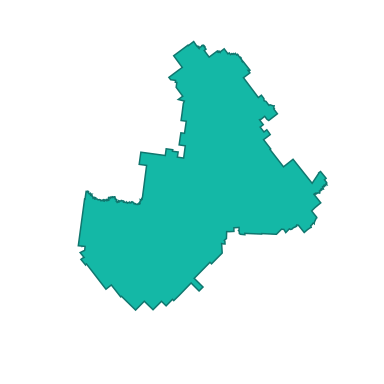 Central Darling, New South Wales, Australia, rotated 225°
{"feature_id": "25037944B50105666035452", "entity_name": "Central Darling", "entity_type": "district", "adm_level": 2, "iso_a3": "AUS", "parent_name": "Australia", "parent_adm1": "New South Wales", "projection": "albers", "projection_center": [143.358, -31.772], "detail": "fine", "context": "isolated", "style": "filled", "palette": "teal", "viewbox_px": 384, "rotation_deg": 225, "n_neighbors": 0, "source": "geoboundaries", "source_scale": "gbopen_adm2", "svg_char_len": 5933}
<svg xmlns="http://www.w3.org/2000/svg" viewBox="0 0 384 384"><g transform="rotate(225 192 192)"><path d="M237.1,319.1L247.8,320.4L248.0,319.8L249.2,319.9L249.2,320.5L251.9,320.8L251.9,321.5L253.1,321.6L253.3,321.0L256.0,321.3L256.1,321.5L257.2,321.6L257.4,320.4L259.4,320.7L259.6,319.0L260.7,319.1L260.9,317.9L261.7,318.0L261.9,316.4L264.0,316.7L264.3,315.1L270.5,316.0L271.1,311.1L271.3,311.1L271.1,310.9L271.7,310.9L271.5,310.1L271.9,310.0L271.9,309.5L272.2,309.3L272.2,309.6L272.5,309.7L272.5,310.0L273.1,310.1L273.1,309.9L273.3,309.7L273.6,309.8L273.7,310.3L275.3,299.5L283.4,300.7L283.1,302.9L285.5,303.2L285.4,303.8L286.9,304.0L287.0,303.5L288.1,303.7L288.2,302.8L288.6,302.6L288.6,302.3L288.3,302.0L288.7,298.9L288.5,298.5L289.2,298.5L289.0,299.5L290.2,299.7L290.3,298.7L291.5,298.9L291.6,298.5L297.2,299.6L298.1,292.9L298.7,293.0L301.3,275.4L287.0,273.2L289.4,256.7L286.5,256.3L282.5,259.3L281.4,257.8L280.2,258.7L277.2,254.8L266.3,253.2L267.1,247.7L261.7,250.9L260.7,248.4L254.8,240.8L250.3,234.8L246.1,238.0L238.8,228.2L241.7,226.0L234.4,216.2L229.4,219.9L221.9,210.1L227.0,206.3L230.1,210.5L234.6,207.0L235.5,208.3L240.8,204.3L236.7,198.9L256.3,184.0L248.9,174.2L242.9,178.7L223.2,153.1L222.9,152.4L222.1,151.7L222.1,151.4L222.6,151.4L222.3,151.0L222.7,150.4L223.0,150.2L222.4,150.1L222.1,150.0L222.0,149.5L222.3,149.1L222.3,148.9L222.1,148.5L221.7,148.4L221.7,147.8L221.4,147.8L221.2,147.4L220.8,147.2L221.4,146.7L221.5,146.6L220.7,146.2L221.2,145.7L221.9,145.3L222.0,145.0L221.7,144.7L222.3,144.4L222.7,143.7L222.9,143.6L223.5,143.8L223.9,143.7L224.1,143.1L224.5,142.7L225.2,143.2L225.7,142.9L226.6,143.1L227.0,142.8L227.6,142.7L227.7,142.4L227.4,141.8L227.5,141.0L228.1,140.6L228.7,140.8L228.6,140.3L229.2,140.3L229.3,139.9L229.6,139.4L229.6,138.8L230.6,138.7L230.2,138.4L231.4,138.0L231.7,137.4L232.3,137.3L232.6,136.8L233.0,136.5L233.1,137.2L233.6,137.3L234.4,137.1L234.8,136.5L235.7,136.3L236.0,136.0L235.8,135.6L236.0,135.3L236.1,135.1L236.5,134.9L236.6,134.6L237.4,134.2L236.9,134.0L236.5,133.5L236.8,133.2L237.3,133.5L237.6,133.4L237.1,132.4L237.4,131.8L237.7,132.0L238.2,131.8L238.7,132.3L239.1,132.1L239.1,132.4L239.5,132.7L239.8,133.3L240.3,133.2L240.1,133.0L240.1,132.9L240.4,132.9L241.2,132.7L241.5,133.2L242.0,133.1L242.6,133.3L242.6,133.8L242.7,134.0L243.0,134.1L243.3,134.0L243.8,133.5L243.9,132.5L244.6,132.5L245.0,132.3L244.9,132.1L244.3,132.0L244.4,131.7L244.8,131.3L245.5,131.3L246.0,130.8L245.7,130.6L245.5,130.0L246.0,130.1L246.6,129.5L247.1,129.3L247.1,129.1L246.8,128.9L246.8,128.7L246.5,128.3L245.9,128.2L245.9,127.8L245.6,127.7L245.4,127.9L245.0,127.6L245.0,127.4L245.3,127.4L245.4,126.9L245.8,127.2L246.3,127.3L246.3,126.9L246.6,126.6L246.4,126.3L247.2,126.3L247.4,125.9L247.3,125.7L246.6,125.7L246.5,125.4L247.1,125.4L247.5,124.7L248.0,124.6L247.6,124.1L247.6,123.5L248.2,123.4L248.6,124.0L249.1,124.0L249.1,123.8L248.5,123.4L248.5,123.0L248.6,122.9L249.0,123.2L249.4,123.3L249.8,122.6L249.9,121.8L250.3,121.3L250.8,121.4L251.1,121.7L251.3,121.6L252.2,121.1L252.9,120.0L254.1,120.0L254.6,119.5L254.9,119.4L255.5,118.6L255.6,119.1L255.7,119.5L256.5,118.8L256.7,119.0L256.7,119.5L257.0,119.4L257.6,118.9L257.2,118.3L257.5,117.6L257.8,117.8L258.1,118.4L259.1,118.3L259.7,118.7L260.2,118.4L260.6,118.9L261.1,118.2L261.3,118.8L261.2,119.3L261.5,119.5L262.0,118.4L262.2,118.5L262.0,119.0L262.4,118.7L263.1,119.2L263.4,118.6L263.1,118.5L263.0,118.4L263.2,118.1L263.6,117.9L264.6,118.1L265.5,119.2L266.2,118.9L265.9,118.5L266.1,117.9L267.4,117.9L267.7,118.1L262.6,111.3L263.0,111.1L234.4,73.6L231.6,75.9L231.3,75.8L231.3,76.2L229.1,77.9L226.8,75.1L226.7,74.7L228.3,70.1L222.0,69.4L222.5,68.3L222.9,65.8L215.7,65.1L215.9,65.7L215.8,66.5L184.1,62.4L183.3,69.2L168.3,67.4L168.1,68.4L148.4,68.6L148.5,81.0L136.3,81.2L136.3,93.1L129.8,93.2L129.9,102.3L128.1,102.3L128.0,109.9L128.3,127.0L117.0,127.0L117.0,132.6L129.4,132.5L129.6,155.0L127.4,155.0L127.5,170.2L134.6,176.5L133.1,177.5L131.9,178.6L133.9,180.4L135.0,180.6L134.7,183.4L139.5,188.5L137.5,190.4L134.5,193.8L137.1,196.3L133.7,200.2L132.0,198.7L131.9,197.6L130.8,197.6L129.1,196.1L127.8,196.4L124.4,199.2L125.4,200.1L113.0,211.5L113.3,211.9L102.4,221.8L102.4,229.0L100.6,230.5L97.0,229.6L97.1,234.8L95.9,235.1L95.5,235.6L95.0,236.8L95.1,237.6L95.0,238.2L95.0,238.8L94.3,239.8L94.4,240.4L94.2,241.3L93.4,241.1L93.6,241.2L93.6,241.4L94.1,241.4L94.6,242.7L93.3,243.7L93.0,243.7L84.0,242.7L83.7,247.1L83.1,250.4L82.7,251.3L84.3,252.2L84.0,253.8L84.5,255.2L84.0,255.9L83.2,256.0L83.8,256.6L84.7,258.7L85.8,261.9L85.6,262.1L85.9,262.3L94.0,263.2L94.0,267.8L93.3,275.4L104.0,276.6L103.9,276.9L104.0,277.2L103.8,277.5L104.1,277.5L103.9,278.0L103.9,278.5L103.6,278.6L103.3,277.9L103.1,277.9L102.8,278.5L103.2,278.7L103.2,279.1L102.8,279.4L102.8,279.7L102.5,279.8L102.5,280.3L100.9,281.5L101.0,281.8L101.4,282.1L101.7,282.0L102.2,282.6L102.2,283.0L102.5,283.0L102.4,283.3L102.0,283.7L102.3,284.0L102.0,284.5L102.4,284.5L102.3,284.8L102.7,285.1L102.9,285.7L102.5,286.0L101.9,285.7L101.9,286.3L101.7,286.6L101.2,287.0L101.8,287.3L102.2,287.3L102.3,287.2L102.6,287.6L103.1,287.7L102.9,288.1L103.3,288.3L103.2,288.8L102.8,288.6L102.6,288.7L102.5,289.2L102.8,289.5L102.3,289.5L102.4,290.1L102.6,290.1L102.6,289.8L103.0,289.7L103.4,290.0L103.3,290.4L102.9,290.3L102.5,290.5L102.5,290.9L102.2,291.1L102.5,291.4L102.4,291.9L102.6,292.3L102.1,292.5L103.1,292.8L102.7,293.2L103.4,293.9L107.0,294.3L106.8,296.5L115.6,297.4L115.9,295.3L115.7,295.3L113.2,283.1L143.7,286.6L145.1,274.5L166.9,277.2L166.8,278.1L178.4,279.6L177.3,287.9L178.4,288.1L178.6,288.2L183.1,288.9L183.6,285.3L189.7,286.1L189.2,290.0L195.4,290.8L195.3,291.2L194.6,292.0L194.1,296.9L190.5,296.4L188.3,296.8L186.9,307.7L192.9,308.5L192.8,309.2L193.7,309.3L194.9,311.0L195.5,310.3L198.4,308.9L198.7,308.4L198.8,307.7L203.7,308.4L205.6,307.5L207.2,308.9L211.4,309.5L211.9,305.7L236.4,309.2L235.3,317.2L238.2,317.6L237.2,318.3L237.1,319.1Z" fill="#14b8a6" stroke="#0f766e" stroke-width="1.5"/></g></svg>